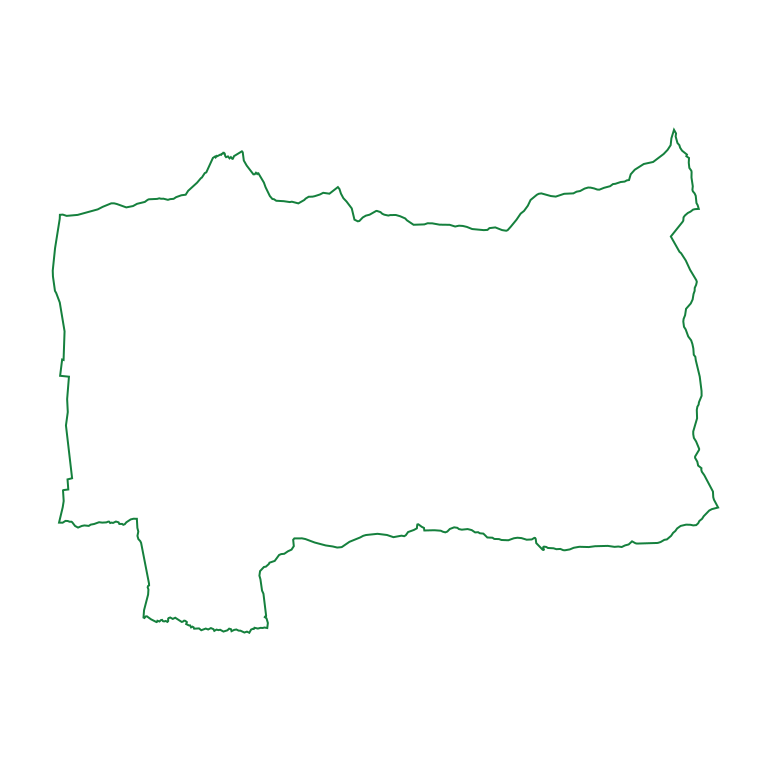 outline of Rosiile, Vâlcea, Romania, rotated 88°
{"feature_id": "2599482B62585031131856", "entity_name": "Rosiile", "entity_type": "district", "adm_level": 2, "iso_a3": "ROU", "parent_name": "Romania", "parent_adm1": "Vâlcea", "projection": "natural_earth1", "projection_center": [23.93, 44.897], "detail": "fine", "context": "isolated", "style": "outline", "palette": "green", "viewbox_px": 768, "rotation_deg": 88, "n_neighbors": 0, "source": "geoboundaries", "source_scale": "gbopen_adm2", "svg_char_len": 6065}
<svg xmlns="http://www.w3.org/2000/svg" viewBox="0 0 768 768"><g transform="rotate(88 384 384)"><path d="M511.2,713.6L511.4,710.0L509.7,707.1L509.9,704.8L510.7,703.0L510.7,701.3L511.2,700.5L515.1,697.7L516.8,694.8L515.3,690.9L514.9,688.3L515.5,684.0L514.3,682.0L513.8,678.6L512.2,673.6L512.7,670.4L512.6,666.3L511.9,664.4L512.0,663.5L513.4,662.5L513.0,661.0L513.4,659.7L512.1,656.7L513.0,654.1L514.6,653.4L514.7,650.6L515.6,649.5L515.1,648.0L513.2,646.3L510.5,641.9L509.9,639.0L510.1,635.7L519.2,635.5L522.9,634.7L527.2,635.7L530.4,634.9L532.5,633.1L534.3,632.3L575.3,625.8L577.1,625.8L577.6,626.8L578.9,627.3L581.2,626.6L586.2,627.1L601.7,631.7L609.0,632.5L609.5,631.6L608.0,630.3L607.9,629.1L611.0,625.1L614.0,619.7L613.8,619.2L612.7,618.7L613.5,616.7L612.2,615.2L612.0,614.0L613.3,613.2L613.6,612.0L613.2,610.4L614.2,608.8L613.5,608.0L611.0,607.9L610.4,607.4L609.9,605.8L611.4,603.3L610.3,600.8L614.7,594.5L614.5,593.4L613.5,592.0L613.8,590.8L615.1,589.3L617.0,590.1L618.4,587.5L618.5,586.2L620.5,585.3L619.8,584.0L620.5,582.8L621.9,582.3L621.8,577.4L623.7,575.2L622.2,570.7L623.2,568.3L621.9,565.5L623.1,563.0L624.8,562.2L623.6,560.0L624.2,558.0L623.9,556.3L625.8,553.1L624.7,549.1L623.1,547.3L623.7,545.5L625.7,545.0L624.5,542.3L624.2,540.1L625.4,537.9L625.5,536.1L627.5,532.2L626.7,529.6L627.9,527.3L624.8,525.4L624.1,523.6L624.3,522.7L623.1,522.0L624.0,518.6L623.4,515.9L623.6,513.7L623.2,512.0L623.8,509.2L618.8,508.4L614.1,509.6L612.8,511.3L612.2,510.9L612.0,510.0L611.5,509.9L589.4,511.8L586.2,513.1L574.9,514.3L571.2,515.2L566.7,514.4L562.7,510.4L562.4,508.4L559.9,505.4L558.6,504.7L557.0,499.4L551.2,494.8L550.4,492.7L550.2,489.6L547.8,485.8L546.3,482.2L542.9,479.8L536.5,480.2L535.2,479.0L535.4,471.3L536.2,468.0L540.0,458.8L543.3,447.9L544.6,440.8L545.8,436.5L545.6,432.6L545.4,431.7L540.5,424.0L536.5,413.1L535.0,410.1L534.3,407.3L533.5,395.7L535.0,386.3L537.4,379.9L536.2,371.8L536.8,369.1L535.9,367.5L532.8,365.1L530.9,359.2L529.4,356.2L526.0,355.7L525.5,355.5L525.4,354.6L528.1,351.2L529.2,349.1L531.8,348.8L531.9,338.8L532.6,332.4L533.7,330.3L534.4,327.9L533.7,325.9L531.2,323.3L529.7,318.9L530.3,315.7L531.6,314.2L532.3,311.3L531.9,305.5L532.6,303.0L533.1,301.4L535.5,298.1L535.4,295.1L536.5,293.5L537.0,289.9L541.0,286.1L541.4,281.0L542.7,279.2L543.0,274.5L544.0,272.0L544.5,265.2L542.7,259.6L542.3,256.0L542.8,252.0L544.6,246.8L544.5,241.7L543.0,239.1L543.2,238.3L544.2,237.8L548.3,237.4L555.2,231.2L555.4,230.4L555.1,230.0L552.7,230.6L552.1,229.8L552.5,227.6L553.6,225.9L554.1,220.3L555.1,217.5L555.0,213.5L556.3,210.7L556.5,209.1L555.8,204.1L554.3,200.1L553.5,194.5L554.1,185.1L553.5,178.8L553.6,166.0L554.8,159.3L554.6,155.5L555.2,152.1L553.7,148.7L552.9,145.1L549.9,141.6L551.9,138.3L552.3,136.8L552.4,116.0L551.6,113.1L549.5,109.2L549.2,106.7L545.7,102.3L542.9,100.3L541.1,98.0L538.6,96.1L536.2,92.5L535.1,87.0L535.4,82.6L536.1,79.9L535.9,76.9L534.2,74.9L531.9,73.6L529.8,70.8L527.3,69.1L521.8,63.4L520.5,60.7L519.1,54.4L511.1,58.3L508.6,58.9L503.0,59.0L486.3,67.1L482.8,69.4L480.8,69.9L479.2,69.7L476.5,72.9L472.6,73.6L468.6,75.7L467.3,75.6L460.8,71.4L459.8,71.3L452.3,74.1L448.7,76.2L445.0,76.7L442.2,76.6L429.2,72.3L420.8,72.3L417.6,71.6L415.6,70.3L413.3,69.9L406.9,67.0L402.1,66.9L387.6,68.2L371.0,71.6L367.7,71.9L365.6,73.4L359.4,73.6L354.8,74.4L351.1,75.5L347.1,78.3L340.0,80.6L337.3,82.2L332.0,82.7L329.4,82.3L325.8,80.7L319.4,79.5L314.2,74.6L310.3,72.6L304.8,71.5L301.8,70.3L298.8,70.1L295.8,68.6L292.8,67.8L291.1,68.3L280.6,74.1L271.1,78.1L263.7,82.5L262.2,84.1L246.6,92.2L232.3,79.9L231.2,79.2L227.9,78.8L226.1,77.4L223.7,74.4L222.4,71.6L220.5,69.0L220.1,67.0L220.0,63.3L216.2,64.3L214.1,65.4L206.8,65.9L204.4,66.9L202.2,68.6L200.7,69.0L197.2,68.5L188.4,69.5L182.9,69.2L181.6,69.4L178.7,71.3L173.5,71.7L168.8,71.3L166.9,73.9L165.3,73.2L161.2,78.0L158.2,79.8L155.6,80.5L153.4,82.3L146.8,83.9L143.8,83.4L140.1,85.3L148.5,88.2L155.3,89.2L159.9,92.4L163.9,96.5L171.5,107.3L173.2,116.7L178.6,125.9L183.0,130.1L188.7,132.0L189.0,134.3L190.1,136.4L190.4,140.4L192.0,145.8L192.2,148.2L194.2,151.1L195.6,157.2L197.3,162.0L197.1,164.1L195.9,167.1L194.9,170.9L194.8,173.2L195.7,176.7L198.0,181.3L198.5,184.8L200.1,188.1L200.2,197.3L202.7,205.8L202.0,210.6L199.0,220.1L199.3,222.7L200.2,224.6L205.2,231.1L210.8,234.0L215.9,238.0L218.5,241.5L224.5,245.9L231.3,251.9L234.6,255.1L235.1,256.5L234.3,260.6L231.4,267.3L231.9,273.2L233.6,275.2L233.7,278.9L232.2,290.5L229.9,295.7L228.8,299.7L228.4,303.5L229.1,307.4L227.2,312.8L226.7,322.9L225.1,330.3L224.9,334.9L225.9,338.1L225.9,348.9L221.2,355.4L219.3,357.0L216.9,362.0L215.5,366.3L215.4,371.9L215.8,373.8L214.8,377.8L213.8,379.8L212.1,381.5L210.8,385.0L210.8,385.8L214.3,392.5L215.1,396.2L216.8,399.4L220.2,402.9L220.5,404.5L218.7,407.8L207.4,410.1L200.3,415.1L196.9,418.1L192.2,420.4L187.6,421.7L185.6,423.2L191.9,431.9L190.8,438.1L192.4,441.5L193.9,446.8L194.3,449.1L194.2,452.7L196.0,455.9L197.3,457.2L200.5,463.3L198.6,469.7L198.9,471.8L197.8,477.8L197.1,485.3L195.5,487.5L195.2,489.1L192.2,491.5L183.2,495.5L178.5,497.0L169.0,502.2L168.9,502.5L169.7,503.4L168.4,504.6L169.9,505.9L169.9,507.2L160.9,513.6L155.8,516.3L147.5,517.1L146.5,517.9L151.0,525.9L153.6,527.2L153.7,527.7L151.9,529.1L153.1,530.5L151.1,532.0L151.8,533.9L150.7,534.7L148.1,535.2L147.3,536.0L147.3,536.6L148.1,536.8L148.3,538.0L149.3,538.8L149.0,539.5L150.5,542.6L150.2,543.1L151.6,544.3L150.7,544.8L152.1,547.1L166.3,554.2L167.0,555.8L171.3,558.8L171.9,559.8L176.3,563.8L184.1,573.0L187.9,575.6L188.3,579.9L190.0,585.2L191.6,587.8L191.8,591.3L192.4,593.5L191.1,598.0L191.1,600.3L190.6,602.1L191.1,604.3L191.2,612.5L191.7,613.8L193.7,616.7L195.3,624.5L197.4,628.6L198.5,635.4L194.8,644.7L194.0,647.5L193.9,650.2L197.1,658.9L199.5,664.0L204.3,684.2L204.9,695.3L203.5,699.1L203.6,702.0L207.6,702.3L236.8,708.0L259.1,711.1L264.9,711.1L279.4,709.6L281.7,708.4L291.2,705.2L320.2,701.4L348.8,703.4L348.3,704.8L364.5,707.4L365.7,698.6L388.1,701.2L401.0,701.0L414.3,703.3L467.3,699.0L468.3,703.6L478.4,703.2L478.8,707.8L479.1,708.5L489.8,708.2L496.0,709.4L511.2,713.6Z" fill="none" stroke="#15803d" stroke-width="2"/></g></svg>